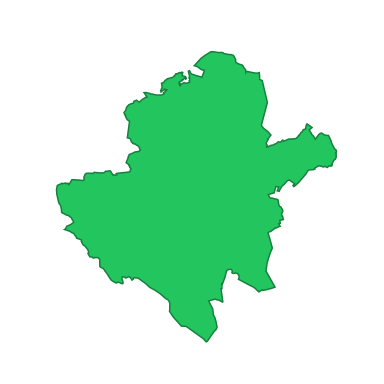 the district of Petrestii De Jos, Cluj, Romania, rotated 103°
{"feature_id": "2599482B6120631098136", "entity_name": "Petrestii De Jos", "entity_type": "district", "adm_level": 2, "iso_a3": "ROU", "parent_name": "Romania", "parent_adm1": "Cluj", "projection": "orthographic", "projection_center": [23.62, 46.582], "detail": "fine", "context": "isolated", "style": "filled", "palette": "green", "viewbox_px": 384, "rotation_deg": 103, "n_neighbors": 0, "source": "geoboundaries", "source_scale": "gbopen_adm2", "svg_char_len": 5987}
<svg xmlns="http://www.w3.org/2000/svg" viewBox="0 0 384 384"><g transform="rotate(103 192 192)"><path d="M215.9,324.7L220.1,324.6L224.6,323.2L232.1,319.6L233.2,318.8L234.3,317.4L235.5,316.6L239.2,315.0L241.0,314.6L241.8,313.4L241.8,312.1L242.6,310.0L242.8,306.5L243.4,306.0L244.0,303.9L246.1,302.4L247.6,300.6L248.1,300.5L250.8,302.7L253.6,306.3L256.5,307.1L257.2,307.8L257.8,301.9L258.6,300.2L258.9,298.2L259.6,297.2L260.9,296.1L261.3,295.0L263.0,294.1L263.3,290.4L263.7,288.7L264.9,288.8L267.5,286.7L268.2,285.8L268.5,284.5L271.3,280.9L273.6,279.2L274.8,279.1L275.1,279.6L275.5,279.4L278.2,276.9L277.8,275.4L278.0,274.4L278.5,273.5L278.6,273.0L277.7,271.7L277.2,269.5L277.3,268.4L277.8,267.6L278.7,266.6L283.8,265.5L285.4,264.9L285.8,264.5L286.4,261.7L287.3,260.2L288.7,258.9L290.9,256.1L293.1,254.1L295.9,251.1L296.7,249.3L297.7,245.8L297.6,245.0L296.6,244.0L296.5,243.0L297.1,239.4L296.7,238.7L296.2,238.7L294.9,239.1L292.2,240.9L290.3,240.7L290.1,240.2L290.2,239.3L289.9,238.4L290.6,237.8L290.7,237.4L290.3,236.4L288.7,234.6L288.8,233.9L289.2,233.2L289.1,232.8L289.9,232.2L290.4,231.4L291.3,230.7L290.4,229.7L288.9,229.6L288.5,229.3L288.3,226.8L288.0,226.3L288.1,224.9L291.6,216.6L294.4,211.8L296.1,205.7L298.0,200.7L301.8,193.6L302.3,191.7L302.8,190.6L304.3,189.3L306.3,188.3L311.8,187.2L313.3,187.1L317.8,182.4L325.1,172.2L324.2,167.5L332.5,147.7L334.8,144.6L334.3,143.7L333.5,143.3L323.4,139.3L320.1,137.4L318.0,137.2L313.0,139.4L309.2,141.5L306.9,143.5L301.3,145.5L294.3,151.3L291.0,145.0L291.4,144.1L291.4,141.1L292.4,137.4L291.7,137.4L279.7,142.0L279.4,141.1L274.9,142.3L275.2,141.7L267.9,140.7L261.6,140.6L260.0,140.0L258.7,137.7L258.7,136.6L258.8,136.1L259.5,135.3L260.5,134.9L261.6,135.0L262.0,134.5L262.0,133.3L261.1,131.1L261.2,129.3L263.2,127.2L264.6,126.9L266.6,127.1L270.5,112.4L270.9,110.3L274.3,104.3L271.5,101.6L272.0,100.9L270.0,96.6L267.8,92.5L266.0,89.7L253.4,101.2L252.9,101.7L252.8,102.1L245.1,102.8L239.1,102.6L232.7,101.9L228.6,101.1L220.7,105.3L214.6,108.8L213.7,108.0L212.5,106.2L208.1,102.5L208.3,102.1L206.4,99.8L205.6,98.4L203.4,100.3L202.7,99.0L199.8,100.0L198.3,96.8L195.2,98.3L195.3,98.8L193.3,99.8L190.6,99.2L189.8,99.4L189.1,99.6L186.7,102.0L186.4,103.2L185.4,104.3L180.2,106.5L180.0,106.9L180.1,109.2L179.9,112.4L180.3,114.3L179.6,115.3L177.3,117.1L174.4,111.8L167.8,111.5L167.6,108.6L171.7,109.3L171.7,107.2L169.4,106.7L165.8,105.5L164.6,104.4L163.0,103.4L159.8,101.8L158.4,100.1L160.8,94.0L161.5,94.2L162.8,95.1L163.8,94.2L163.0,93.2L159.2,90.5L149.4,85.3L145.6,84.0L144.5,83.3L143.9,82.1L142.9,78.7L142.0,77.4L141.4,77.9L140.5,77.2L137.8,74.2L137.9,73.3L137.8,72.2L138.1,69.8L137.1,67.7L137.6,66.3L137.6,65.5L135.9,64.7L135.5,62.5L135.4,62.2L134.5,62.2L134.7,61.6L132.8,61.7L130.0,61.2L129.1,60.9L128.0,59.8L125.9,59.3L123.6,59.8L123.5,60.1L122.2,60.1L121.4,60.8L120.7,60.3L120.0,60.3L118.5,61.2L118.2,61.8L118.1,62.6L112.4,67.4L111.4,67.6L106.1,71.8L106.6,73.6L106.5,76.2L105.4,79.2L106.2,80.3L107.5,81.4L112.9,83.7L110.1,86.3L108.9,88.3L107.8,88.9L107.4,89.8L106.3,90.5L105.1,91.8L102.2,89.5L99.7,95.2L101.5,95.8L105.0,95.5L106.2,97.6L108.8,98.3L109.2,98.9L110.1,99.4L113.2,100.4L113.0,100.9L114.4,101.3L116.6,102.9L117.2,104.3L117.2,105.0L117.5,105.2L118.6,109.6L122.0,114.1L121.0,115.3L121.9,116.0L122.8,116.4L123.5,117.1L123.7,118.0L123.6,119.2L126.0,120.9L126.8,122.3L128.1,123.5L128.3,124.6L129.4,126.4L131.5,129.0L131.3,129.5L129.6,129.2L128.3,130.5L127.2,130.6L123.4,129.6L123.3,130.0L118.8,127.9L116.2,131.4L113.9,136.4L112.0,139.0L110.8,139.4L87.8,138.7L67.7,148.6L67.0,151.5L64.2,152.1L60.5,153.3L61.5,155.1L61.9,157.2L62.2,166.1L63.4,166.5L60.9,167.2L58.1,170.7L57.8,170.6L57.3,171.1L57.0,171.7L56.8,174.5L56.5,176.4L55.9,178.2L54.6,179.0L53.4,179.1L50.3,181.6L49.5,182.7L49.3,185.4L49.8,186.7L49.8,189.0L50.0,189.9L49.8,190.6L50.1,191.4L49.5,192.7L49.2,193.7L49.8,196.4L50.1,196.9L50.5,202.3L51.0,205.1L55.8,209.9L59.6,213.2L68.4,218.2L68.6,215.2L69.3,213.3L70.3,211.4L70.8,209.1L70.6,207.5L72.3,207.4L78.1,208.2L77.8,209.6L77.6,214.4L77.1,219.0L76.6,219.8L74.4,221.7L74.8,222.5L75.1,222.7L76.7,222.0L80.0,220.3L81.5,220.7L82.2,219.6L83.5,219.5L84.2,219.8L85.2,219.1L85.7,219.0L87.3,222.0L87.4,223.2L87.1,224.0L87.3,224.3L89.4,226.9L91.2,227.5L89.6,228.9L88.9,228.1L87.7,229.3L85.6,226.5L85.2,227.1L84.1,225.7L82.5,224.9L83.5,223.6L82.8,223.0L82.5,223.2L81.4,223.9L81.0,224.5L80.9,227.7L77.6,227.9L77.5,228.9L78.1,229.1L78.2,229.6L78.6,229.6L78.4,230.1L78.5,231.3L79.8,232.5L80.2,233.4L80.4,234.3L81.2,234.2L82.7,235.5L83.4,235.4L84.7,236.7L87.2,241.5L89.8,243.6L91.7,244.3L92.9,246.2L95.7,245.0L97.3,244.6L98.1,245.0L99.1,244.9L100.0,245.4L100.9,244.9L102.1,244.9L101.2,244.5L98.0,241.9L98.7,241.5L98.6,241.2L98.2,241.0L98.1,239.6L98.9,239.9L99.1,240.3L99.6,240.1L101.6,242.1L102.7,241.3L104.5,243.9L105.6,249.1L105.5,252.8L105.8,254.0L105.3,256.3L105.5,257.7L105.4,259.1L106.0,261.1L109.0,257.8L109.8,257.3L110.2,258.4L112.8,261.1L116.3,263.6L116.1,264.5L115.0,266.7L116.7,269.0L118.0,268.9L118.8,269.4L119.5,270.9L121.2,273.2L123.7,274.6L125.6,275.0L126.4,274.7L130.0,276.1L132.0,274.8L132.1,274.6L131.9,274.2L133.2,273.8L135.7,271.8L136.4,270.7L137.1,268.8L153.8,267.2L153.9,264.3L154.3,263.8L156.4,262.6L157.3,261.5L157.5,260.7L158.0,260.6L158.2,258.6L158.0,257.8L158.8,256.9L158.9,255.4L160.6,253.3L162.0,252.5L162.8,251.7L164.6,253.3L165.9,256.7L167.4,258.4L169.7,261.7L170.4,261.5L172.0,262.1L172.3,261.9L174.9,262.2L178.1,262.8L178.5,262.5L178.9,261.1L179.8,259.2L180.5,259.4L181.2,258.4L182.1,258.2L183.0,256.7L186.5,257.3L190.8,269.6L191.2,270.0L192.2,269.2L193.3,271.9L192.8,272.3L193.1,273.0L189.8,276.2L190.1,277.7L190.7,279.0L191.3,281.0L192.4,281.5L193.4,282.9L194.2,286.4L194.8,291.5L195.2,292.0L196.1,292.4L196.6,295.5L197.3,298.5L198.0,299.6L198.8,300.1L201.9,300.7L203.9,299.8L205.4,300.9L205.8,304.9L207.0,311.8L212.4,313.5L212.5,314.0L211.4,314.6L212.2,316.6L211.6,317.1L212.9,319.7L212.8,320.6L212.9,321.1L213.5,321.1L213.9,322.1L215.9,324.7Z" fill="#22c55e" stroke="#15803d" stroke-width="1.5"/></g></svg>